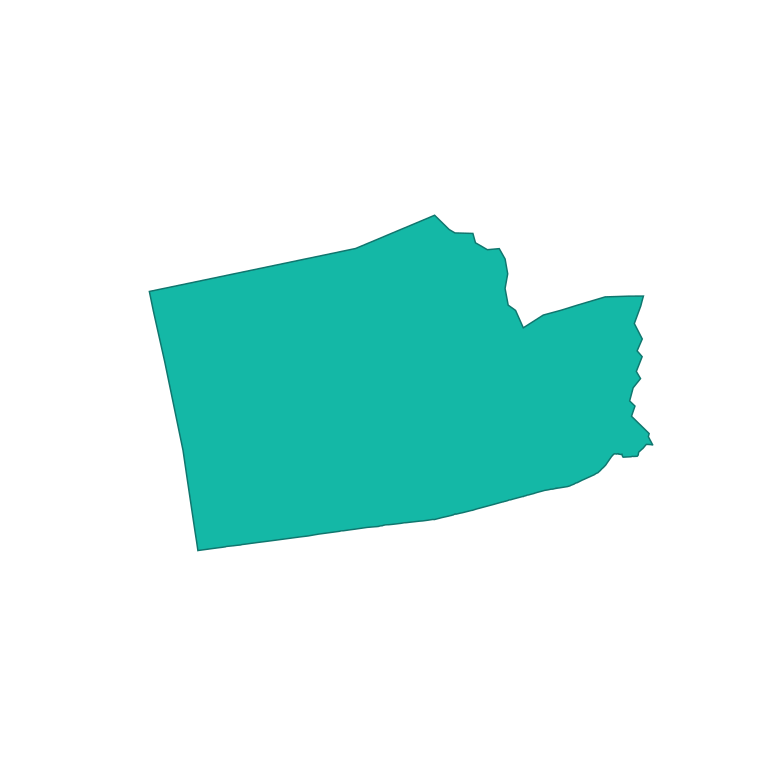 outline of Nord Kanem, Kanem, Chad, rotated 227°
{"feature_id": "50815135B74780249962770", "entity_name": "Nord Kanem", "entity_type": "district", "adm_level": 2, "iso_a3": "TCD", "parent_name": "Chad", "parent_adm1": "Kanem", "projection": "equal_earth", "projection_center": [14.386, 15.416], "detail": "fine", "context": "isolated", "style": "filled", "palette": "teal", "viewbox_px": 768, "rotation_deg": 227, "n_neighbors": 0, "source": "geoboundaries", "source_scale": "gbopen_adm2", "svg_char_len": 3207}
<svg xmlns="http://www.w3.org/2000/svg" viewBox="0 0 768 768"><g transform="rotate(227 384 384)"><path d="M594.0,264.7L593.7,264.6L592.8,264.0L549.8,238.8L472.6,191.8L451.2,177.0L428.7,161.5L405.6,145.6L396.3,139.3L389.1,134.3L388.8,134.8L377.4,150.9L375.2,153.9L373.0,157.1L372.8,157.8L368.3,163.7L365.9,167.0L365.1,168.0L363.9,169.6L363.7,170.3L361.8,172.9L360.5,174.7L358.6,177.4L358.2,178.0L356.1,180.9L354.5,183.2L348.0,192.2L343.0,199.2L331.5,215.4L331.1,215.9L330.3,217.1L324.6,224.9L320.2,231.7L319.7,232.4L319.1,233.4L308.8,247.9L306.6,251.0L306.1,252.0L305.7,252.7L304.3,254.3L301.1,258.9L297.4,264.1L296.1,266.0L290.6,273.9L285.8,280.0L284.5,281.6L283.4,283.1L283.4,283.3L282.9,284.3L281.3,286.4L281.2,286.9L281.2,287.0L279.8,289.3L277.7,291.7L276.4,293.4L272.7,298.4L271.4,300.2L271.0,300.7L270.4,301.6L268.7,304.2L267.5,305.6L267.4,305.7L266.1,307.5L259.5,316.4L258.3,317.9L257.5,318.9L254.6,323.0L251.6,327.4L250.9,328.0L250.5,328.4L246.9,335.1L243.2,341.4L242.7,342.4L241.9,343.7L241.5,344.6L241.0,345.4L240.7,346.8L240.3,347.1L240.4,347.5L239.5,348.2L237.3,352.1L236.8,352.8L236.7,353.1L236.4,353.5L231.9,361.7L231.4,362.4L231.2,362.7L230.9,363.4L230.3,364.7L229.6,366.2L228.6,368.1L227.2,370.7L224.7,375.4L221.3,381.8L219.6,385.1L216.9,390.3L216.6,390.6L216.1,391.8L215.4,392.9L214.5,394.7L214.3,395.1L214.0,396.2L213.6,396.8L213.1,397.4L212.5,398.5L212.2,399.2L207.2,408.6L206.7,409.0L206.7,409.4L206.7,409.5L205.4,411.9L205.2,412.8L204.2,414.2L203.0,416.6L202.2,418.0L202.0,418.4L201.6,419.1L201.5,419.6L201.0,420.5L200.2,422.2L198.1,426.1L196.7,428.8L196.6,429.0L194.7,431.8L193.3,434.2L192.5,435.2L191.9,435.9L191.6,436.5L190.9,437.7L189.8,439.4L190.0,439.4L188.8,440.9L188.7,441.0L188.1,441.9L183.8,448.3L183.6,448.7L183.1,449.7L182.6,450.7L182.6,450.8L182.6,451.2L181.5,453.9L181.2,454.6L181.1,455.3L180.9,456.2L180.9,456.3L180.7,456.9L180.5,457.3L180.2,457.6L179.6,459.6L178.4,463.8L178.0,464.8L177.7,465.7L174.1,476.4L174.1,477.6L173.9,478.0L173.5,479.2L173.3,479.8L173.2,480.1L173.2,480.8L173.3,481.7L173.2,482.4L173.2,483.0L173.4,485.9L173.3,487.5L173.4,488.9L173.5,490.8L173.7,491.6L174.4,494.7L175.7,500.6L175.8,501.2L175.8,501.6L176.0,503.9L175.8,504.6L175.8,504.9L174.5,506.1L174.1,506.4L173.9,507.1L173.5,507.3L173.0,507.5L173.0,508.0L172.1,508.3L170.6,509.4L170.5,509.7L170.4,510.1L168.3,509.1L167.4,509.0L162.3,515.1L162.2,515.3L161.8,516.2L160.7,517.2L159.8,518.3L158.5,519.8L158.5,520.2L158.5,520.6L158.6,520.9L158.7,521.5L160.2,523.4L160.5,523.9L160.4,524.5L160.4,524.9L160.4,528.2L160.3,529.2L160.5,531.1L160.7,532.5L160.9,534.7L159.6,536.0L158.0,537.5L157.0,538.4L156.8,538.5L156.6,538.5L156.3,538.9L156.3,539.0L165.2,541.4L166.9,544.1L172.1,543.9L182.4,543.4L191.6,543.0L196.7,552.5L200.4,552.3L204.1,552.1L211.3,563.6L213.0,575.3L221.1,577.1L227.9,591.4L231.6,591.6L235.6,591.7L240.8,603.6L247.6,605.5L257.5,608.3L266.0,625.1L268.5,629.0L271.4,633.7L281.6,622.6L296.9,605.1L309.3,580.2L317.3,563.6L325.8,547.5L330.1,524.2L348.1,530.4L357.0,528.6L371.3,537.7L380.2,549.6L392.8,557.8L404.4,560.6L411.7,551.2L424.9,547.2L433.5,551.7L446.1,538.9L452.6,537.0L472.9,536.1L502.5,455.6L611.7,275.5L594.0,264.7Z" fill="#14b8a6" stroke="#0f766e" stroke-width="1.5"/></g></svg>